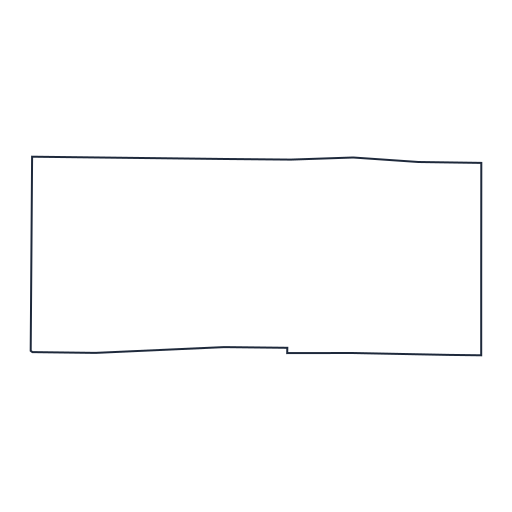 the district of Poinsett, Arkansas, United States of America
{"feature_id": "52423323B19097717333078", "entity_name": "Poinsett", "entity_type": "district", "adm_level": 2, "iso_a3": "USA", "parent_name": "United States of America", "parent_adm1": "Arkansas", "projection": "mercator", "projection_center": [-90.606, 35.574], "detail": "fine", "context": "isolated", "style": "outline", "palette": "slate", "viewbox_px": 512, "rotation_deg": 0, "n_neighbors": 0, "source": "geoboundaries", "source_scale": "gbopen_adm2", "svg_char_len": 351}
<svg xmlns="http://www.w3.org/2000/svg" viewBox="0 0 512 512"><path d="M352.1,353.0L448.9,354.9L481.2,355.3L481.2,281.6L481.2,275.4L481.3,162.9L418.4,162.0L353.2,157.5L290.9,159.6L225.8,159.0L32.1,156.7L30.7,350.8L32.4,352.1L95.4,352.9L159.7,350.0L224.2,347.1L287.3,347.8L287.2,353.1L352.1,353.0Z" fill="none" stroke="#1e293b" stroke-width="2"/></svg>